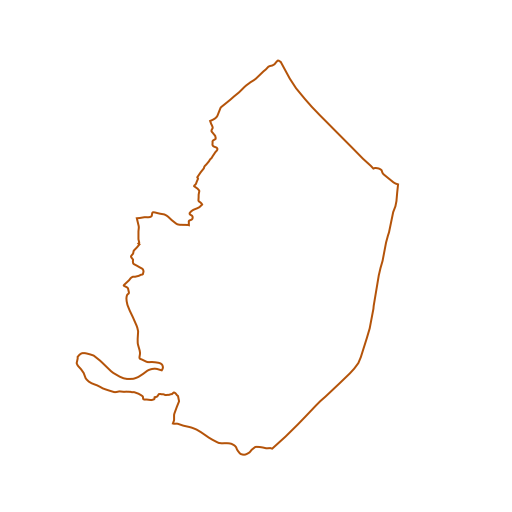 outline of Ban Phraek, Phra Nakhon Si Ayutthaya, Thailand, rotated 290°
{"feature_id": "78962969B33149444798126", "entity_name": "Ban Phraek", "entity_type": "district", "adm_level": 2, "iso_a3": "THA", "parent_name": "Thailand", "parent_adm1": "Phra Nakhon Si Ayutthaya", "projection": "equal_earth", "projection_center": [100.539, 14.646], "detail": "fine", "context": "isolated", "style": "outline", "palette": "amber", "viewbox_px": 512, "rotation_deg": 290, "n_neighbors": 0, "source": "geoboundaries", "source_scale": "gbopen_adm2", "svg_char_len": 5959}
<svg xmlns="http://www.w3.org/2000/svg" viewBox="0 0 512 512"><g transform="rotate(290 256 256)"><path d="M446.8,212.9L447.3,210.6L447.2,209.8L447.1,209.7L446.9,209.5L445.4,208.8L442.5,207.8L441.9,207.3L440.6,206.2L439.2,204.0L438.1,202.9L434.6,201.4L432.1,199.9L422.5,195.2L420.4,193.8L417.4,191.4L416.3,190.7L413.0,188.5L410.8,187.3L404.0,184.1L398.3,180.7L393.9,178.3L384.3,172.5L383.7,172.2L382.9,172.0L374.9,171.8L373.6,171.6L372.0,170.9L371.0,170.3L369.1,168.7L367.2,166.7L364.7,168.8L363.6,170.0L362.2,171.2L361.4,171.5L359.1,171.2L358.2,171.4L357.6,172.0L357.0,173.1L354.9,176.6L354.4,176.9L353.4,177.6L352.6,177.9L352.0,177.9L350.1,176.3L349.5,176.0L348.6,176.0L347.5,176.5L345.7,177.0L345.2,177.4L344.7,178.0L344.5,178.9L344.4,179.2L344.4,181.4L344.3,182.1L344.0,182.5L343.6,183.0L342.7,183.3L341.6,183.1L339.7,182.3L334.8,181.1L333.7,180.9L333.1,180.8L332.5,180.6L331.5,180.0L330.9,179.8L328.9,179.4L325.0,178.0L323.1,177.1L322.0,176.9L320.5,177.0L315.8,175.4L309.9,173.9L309.7,174.0L309.3,174.7L308.8,175.1L305.7,174.9L303.4,174.9L302.6,174.7L301.2,174.0L300.7,173.9L300.4,174.0L299.3,178.0L298.5,179.5L298.2,180.0L297.7,180.5L297.2,180.6L294.1,181.1L291.5,182.0L288.5,182.9L288.3,183.1L287.8,183.6L287.3,185.5L286.8,186.6L286.3,187.4L285.9,187.8L282.5,186.1L280.8,184.5L278.4,181.8L277.3,180.8L275.6,179.7L274.0,179.1L273.6,179.0L273.2,179.1L272.7,179.4L272.5,179.8L272.3,180.2L272.1,181.6L271.9,182.2L271.3,182.9L270.3,183.4L269.3,183.5L268.6,183.3L267.9,182.8L266.7,181.4L266.3,181.1L265.8,181.0L265.5,181.0L264.8,181.3L262.0,182.4L261.9,181.4L259.3,173.8L259.1,172.8L258.9,171.3L259.0,170.6L259.2,169.6L260.4,166.0L260.9,164.5L262.8,160.1L263.2,158.8L263.4,158.1L263.6,156.4L263.7,155.9L263.6,155.0L262.9,151.2L262.6,148.7L262.4,146.5L262.2,145.3L261.9,144.3L261.5,144.0L260.8,143.8L258.2,144.3L257.8,144.2L257.5,144.1L257.2,143.9L256.4,143.1L256.0,142.4L255.5,141.4L254.6,138.7L254.3,137.9L251.9,133.7L250.7,131.1L243.9,135.6L242.5,136.2L239.0,137.1L232.1,139.6L231.2,140.0L228.8,141.6L228.4,141.6L227.5,141.2L227.1,142.5L223.4,141.2L219.9,139.6L219.0,139.3L216.1,139.7L215.7,139.5L213.7,138.8L213.2,138.7L212.6,138.8L212.3,139.1L212.0,139.4L210.8,141.3L210.5,141.7L209.9,141.9L208.9,142.1L207.6,142.8L207.2,143.0L206.8,143.5L206.6,144.1L206.1,147.7L205.6,150.4L205.2,153.2L205.0,153.7L204.7,154.4L204.2,154.8L203.2,155.5L202.3,155.7L200.4,155.9L200.2,155.9L199.7,155.5L198.8,154.0L197.9,153.3L197.1,152.4L195.1,149.4L194.5,147.6L194.3,147.3L193.3,146.4L192.3,145.8L189.8,145.0L183.9,142.0L183.3,141.8L183.1,141.8L182.8,142.2L182.5,145.0L182.4,145.5L182.2,146.2L181.9,146.6L181.5,147.0L180.9,147.4L179.9,148.0L178.4,149.0L178.0,149.1L177.5,149.2L177.1,149.1L175.9,148.4L175.1,148.2L173.7,148.3L171.9,148.7L169.3,149.9L166.4,151.7L165.5,152.4L161.5,156.0L156.3,161.3L149.6,167.7L148.0,169.0L145.7,170.5L144.6,171.1L137.8,173.1L134.8,174.2L133.4,174.8L132.4,175.4L131.4,176.1L127.4,179.0L125.4,180.1L124.2,180.5L121.0,181.1L120.6,181.3L120.1,181.6L119.8,182.0L119.7,182.5L119.7,184.0L119.2,188.9L119.2,190.3L119.3,190.6L119.8,192.1L120.8,194.5L121.7,197.9L122.3,200.9L122.4,202.3L122.3,203.4L121.9,204.6L121.5,205.2L121.1,205.6L120.3,206.2L119.6,206.6L119.1,206.7L118.3,206.8L117.1,206.7L116.3,206.5L116.0,201.6L115.5,199.4L115.1,198.6L114.3,197.0L113.5,195.8L112.2,194.2L111.0,193.1L106.7,190.3L103.9,188.2L102.1,186.8L100.7,185.3L99.3,183.6L98.8,182.9L98.3,181.9L97.9,180.9L97.0,178.7L96.3,176.6L96.2,175.8L95.9,174.2L95.8,173.0L96.0,169.2L97.3,161.9L97.7,160.6L98.2,159.1L103.3,147.7L104.4,145.1L106.7,138.2L106.9,137.5L106.9,136.6L106.8,133.7L106.5,130.4L106.2,128.5L105.6,126.8L105.4,126.2L104.9,125.5L104.3,124.9L103.6,124.4L102.6,123.8L100.2,122.9L99.2,123.3L98.6,123.5L94.1,124.1L93.5,124.5L92.5,125.5L92.1,126.0L91.7,126.6L89.7,130.4L87.1,134.1L82.9,137.7L82.0,139.1L80.8,141.8L80.6,142.9L80.2,144.9L80.1,148.1L80.1,150.9L79.7,154.3L79.2,157.3L79.2,159.8L79.3,163.3L79.5,167.5L79.6,169.2L79.9,170.2L80.0,170.5L80.9,172.1L81.5,173.0L82.1,174.0L83.2,178.4L84.2,180.7L85.4,184.4L85.5,185.5L85.8,186.6L86.3,187.8L86.4,188.5L86.4,192.6L86.0,195.1L85.5,197.2L85.2,197.7L84.8,198.0L83.2,198.8L83.0,199.3L82.9,199.4L83.0,200.5L83.7,202.2L84.6,206.1L84.8,206.8L85.1,207.4L85.7,208.2L86.4,209.1L86.7,209.3L87.1,209.4L87.4,209.4L87.8,209.3L88.4,209.0L88.6,209.0L89.5,210.5L90.1,211.1L90.4,211.3L92.8,211.9L93.1,212.1L93.6,213.3L93.8,214.6L94.4,216.4L94.4,216.8L94.3,218.0L94.5,218.9L95.2,220.3L95.5,221.1L95.8,221.8L96.5,222.6L97.2,223.6L97.4,224.2L97.9,224.5L98.8,224.9L99.4,225.3L99.7,225.6L99.7,225.8L99.6,226.8L99.3,227.6L98.1,229.5L97.9,230.3L97.8,230.5L97.6,230.7L93.5,233.2L93.0,233.4L87.1,233.2L80.1,233.2L79.0,233.3L78.3,233.5L74.2,235.0L73.3,235.2L70.2,235.2L70.3,236.3L71.4,239.0L71.6,240.0L71.7,245.4L71.8,246.4L72.5,251.7L72.7,253.9L72.7,256.1L72.6,258.9L72.5,259.9L71.6,264.6L69.2,273.8L68.4,278.1L67.7,283.5L67.6,285.0L68.1,287.1L68.3,288.0L69.1,289.9L70.4,293.5L70.8,295.0L71.0,296.3L71.1,297.2L71.0,298.0L70.7,300.1L70.3,301.3L69.5,302.7L67.7,304.3L66.7,305.6L65.2,308.0L64.9,308.7L64.7,309.5L64.8,310.9L64.9,311.8L65.2,312.6L65.5,313.5L66.3,314.5L67.3,315.5L69.1,317.0L70.5,317.6L71.9,318.0L72.9,318.5L75.8,320.3L76.1,320.5L76.5,321.0L77.0,322.3L77.6,324.2L78.0,325.9L78.4,328.0L78.8,331.4L79.3,332.7L80.1,334.4L80.4,335.2L80.5,337.1L96.2,345.4L112.0,352.9L123.9,358.2L136.3,363.6L141.5,366.0L147.5,369.3L164.6,377.9L177.7,384.3L183.7,386.8L190.4,388.8L196.8,389.1L217.2,388.2L226.8,387.6L246.5,384.4L249.6,383.6L279.8,378.0L287.3,377.1L294.7,376.6L313.2,373.6L320.4,373.0L323.7,372.9L344.2,369.9L350.4,370.0L355.6,369.2L364.2,366.9L371.9,365.0L371.8,362.5L372.0,361.0L372.3,359.7L376.3,348.2L376.8,347.2L377.6,346.2L378.9,345.2L379.5,344.7L379.8,344.0L380.0,343.2L380.1,342.5L380.2,341.5L380.1,340.7L379.8,339.0L379.4,337.7L378.3,336.4L380.0,333.0L384.0,323.2L390.5,309.6L402.1,284.9L405.9,276.9L410.1,267.9L415.3,257.3L420.3,248.2L427.3,236.3L434.3,227.0L446.8,212.9Z" fill="none" stroke="#b45309" stroke-width="2"/></g></svg>